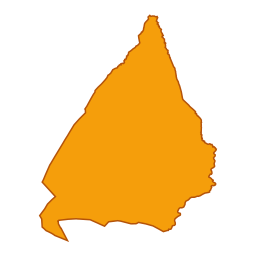 outline of Santa Cruz Itundujia, Oaxaca, Mexico
{"feature_id": "50627088B33847319149889", "entity_name": "Santa Cruz Itundujia", "entity_type": "district", "adm_level": 2, "iso_a3": "MEX", "parent_name": "Mexico", "parent_adm1": "Oaxaca", "projection": "albers", "projection_center": [-97.652, 16.757], "detail": "fine", "context": "isolated", "style": "filled", "palette": "amber", "viewbox_px": 256, "rotation_deg": 0, "n_neighbors": 0, "source": "geoboundaries", "source_scale": "gbopen_adm2", "svg_char_len": 5735}
<svg xmlns="http://www.w3.org/2000/svg" viewBox="0 0 256 256"><path d="M168.6,229.6L168.7,229.4L168.8,229.5L169.2,229.3L170.8,229.2L171.1,228.9L171.8,227.6L172.3,226.0L172.7,225.7L174.5,225.3L175.0,224.8L175.3,224.2L175.2,222.6L175.0,222.0L174.6,221.1L174.6,220.3L174.9,219.0L175.5,218.4L175.9,218.0L176.4,217.7L176.7,217.4L177.8,216.5L180.2,215.2L180.4,214.8L180.4,213.9L180.3,213.4L179.6,213.1L178.5,212.9L178.0,212.5L177.7,211.7L177.7,211.1L177.8,210.8L178.3,210.1L178.6,209.2L179.5,208.1L180.5,207.7L181.8,207.8L183.0,207.4L183.9,206.8L184.5,205.3L184.9,204.8L185.1,203.3L185.0,203.0L185.3,202.4L185.8,201.3L186.5,200.8L188.1,200.1L189.5,198.8L190.0,198.1L191.4,197.3L194.7,197.2L197.0,196.3L197.7,196.2L198.4,196.3L200.2,195.7L202.5,194.3L204.9,193.1L208.7,192.4L209.6,192.0L209.6,190.9L209.8,190.6L210.6,190.0L210.9,188.9L211.7,187.2L211.6,186.9L211.2,186.4L211.5,185.8L212.1,185.5L212.9,185.5L213.3,185.7L214.3,185.5L215.0,184.8L215.4,184.9L215.6,184.5L215.6,183.5L215.0,182.9L213.4,182.2L212.6,181.4L212.7,180.7L213.2,180.4L213.2,180.2L212.6,179.8L212.0,179.6L211.6,178.9L211.0,178.3L209.9,177.5L209.3,177.4L208.8,177.0L208.8,176.6L208.9,176.1L209.7,175.2L210.0,174.4L210.7,174.0L211.2,174.1L211.4,174.2L211.9,173.5L211.9,172.0L211.6,171.4L211.6,171.0L210.9,169.8L210.9,169.5L211.5,168.7L212.5,168.0L213.4,167.6L214.5,166.6L214.6,166.1L214.1,163.7L214.3,163.0L214.9,161.2L214.9,160.7L213.7,158.8L213.6,157.7L215.1,156.0L215.2,154.9L213.8,153.6L213.7,152.9L214.4,152.0L215.9,150.4L216.3,149.1L215.4,148.6L215.4,148.0L214.1,146.8L212.9,147.0L212.8,146.8L213.2,146.4L212.5,145.7L212.0,144.5L210.5,144.5L210.0,143.8L209.7,143.8L208.9,144.1L208.0,144.3L207.5,144.1L206.5,143.5L204.6,142.5L204.6,141.3L204.3,141.1L203.4,141.2L203.4,140.7L202.9,140.3L202.1,140.1L202.0,139.6L202.2,138.7L202.3,138.5L202.3,138.4L201.7,138.3L201.6,137.6L201.8,137.3L201.6,136.8L201.7,136.0L201.4,135.8L201.5,135.5L201.8,135.3L201.7,134.6L200.9,134.2L201.3,132.9L200.8,132.2L201.2,131.7L201.3,128.4L201.4,127.1L201.1,126.3L201.3,125.3L201.1,122.7L201.5,122.4L201.3,121.7L201.3,120.1L200.6,118.9L200.3,118.4L199.5,117.6L199.3,117.4L198.9,117.1L198.6,116.5L198.4,116.2L197.6,116.1L197.0,115.3L196.8,114.9L196.8,114.7L196.7,114.5L196.5,113.8L196.2,113.7L195.9,113.7L195.5,113.6L195.4,113.5L195.5,113.3L195.3,112.9L195.5,112.6L195.6,112.0L195.5,111.8L195.3,111.8L195.2,111.5L194.9,111.0L194.3,110.5L193.8,110.0L193.4,109.6L193.1,109.4L192.6,108.9L191.9,108.3L191.6,108.1L189.7,106.4L188.8,105.2L183.9,100.6L182.8,99.4L182.4,97.9L181.3,91.9L179.6,85.8L178.7,83.7L178.3,81.9L176.8,79.1L176.1,76.0L176.2,75.5L176.1,75.1L175.9,74.2L175.8,73.3L175.6,72.4L175.6,71.5L175.1,70.1L174.9,69.1L174.9,68.5L174.7,68.0L174.5,67.7L174.3,67.5L174.1,67.4L173.2,65.8L173.0,65.1L170.1,58.1L170.1,57.6L169.7,57.5L169.5,56.1L169.3,55.4L169.0,54.6L168.8,54.3L168.2,54.2L167.8,53.8L167.6,53.4L168.1,52.5L167.7,52.1L168.0,51.2L168.0,50.4L167.4,50.0L166.7,49.6L166.1,48.3L165.2,47.4L165.6,46.1L165.3,44.0L165.7,43.2L165.1,42.6L164.4,42.9L164.3,42.6L164.5,41.7L164.4,39.1L163.5,38.5L163.0,37.6L162.0,36.9L162.3,36.3L163.3,35.5L163.2,35.2L162.5,35.1L162.3,34.8L162.4,34.2L162.4,33.7L161.5,32.5L161.2,31.9L160.9,30.6L161.4,29.6L161.2,29.2L160.5,28.8L159.8,28.1L159.6,27.7L159.4,27.5L159.2,27.3L159.3,26.4L158.6,26.2L158.4,25.9L158.6,25.2L158.1,24.4L157.6,24.2L157.3,24.0L157.7,23.5L158.1,22.9L157.6,22.8L157.6,22.5L157.5,22.2L156.4,21.1L156.8,19.8L156.9,19.6L156.9,19.3L157.0,19.0L157.2,18.4L157.3,18.3L157.4,18.0L157.3,17.4L157.5,17.4L157.1,16.5L156.0,16.8L155.1,16.5L154.1,16.0L153.7,16.1L152.5,16.0L150.8,16.4L149.8,15.4L148.1,17.0L148.5,19.1L145.3,22.5L144.7,23.5L144.5,24.1L143.9,27.6L143.7,27.9L143.4,30.1L142.2,32.1L141.5,32.1L141.0,33.3L140.9,33.6L140.5,33.8L140.1,34.2L139.7,34.5L138.5,35.7L138.8,38.0L139.5,41.7L139.8,42.9L139.7,43.1L138.5,44.5L137.3,45.6L136.4,45.9L135.9,46.2L135.6,47.0L134.8,47.8L133.6,48.5L133.2,48.7L132.6,49.3L130.3,51.2L129.0,51.9L128.8,52.3L128.6,52.5L128.5,53.6L128.1,54.5L128.1,54.8L128.0,55.1L127.7,55.2L127.7,55.5L127.3,55.6L127.0,55.8L127.0,56.2L126.8,56.4L126.6,56.4L126.6,56.6L126.6,56.8L126.6,57.0L126.6,57.5L126.4,57.6L126.4,57.8L126.3,58.2L126.3,58.6L126.1,59.0L125.7,59.0L125.3,59.2L124.8,59.4L124.9,59.7L124.9,60.0L124.6,60.3L124.1,60.6L124.0,60.8L124.2,61.1L124.2,61.3L124.1,61.6L124.2,61.8L124.2,62.1L124.4,62.4L123.9,63.2L123.5,63.5L123.2,63.5L122.8,63.3L122.5,63.4L122.3,63.4L121.9,63.5L121.7,63.5L121.2,63.7L121.2,64.1L121.1,64.3L121.0,64.6L120.7,64.3L120.5,64.2L120.3,64.6L120.1,64.8L119.7,65.0L119.5,64.9L119.3,65.0L118.9,65.6L118.6,66.1L118.2,66.2L117.7,66.7L117.5,67.7L115.0,68.5L112.7,69.8L112.5,70.3L112.0,71.0L111.7,71.7L111.3,72.1L110.9,73.0L110.3,73.5L109.3,74.5L108.0,75.2L107.0,77.6L104.9,80.2L101.5,84.0L98.1,87.2L95.1,90.5L94.9,92.3L93.5,94.2L91.1,98.4L86.8,106.3L85.0,108.9L85.3,109.0L85.5,112.8L83.1,115.2L79.4,118.9L74.1,124.8L71.7,128.8L70.1,131.4L69.3,132.7L69.0,133.3L68.6,133.9L67.5,135.8L66.6,137.2L66.4,137.5L64.6,140.4L63.4,142.5L54.8,156.7L53.5,158.9L50.7,163.6L49.8,165.0L45.6,174.5L43.6,179.3L42.8,181.0L42.2,182.1L55.4,196.6L52.0,199.6L47.5,204.1L44.7,208.9L39.7,215.6L41.7,219.0L42.2,227.1L43.4,228.1L43.5,228.1L45.1,229.7L46.2,230.7L47.8,231.4L50.6,232.8L51.6,233.3L53.7,234.6L54.7,235.4L67.5,240.6L62.0,230.1L61.0,228.1L60.6,228.0L58.4,223.8L58.3,222.2L57.8,221.3L57.8,221.1L58.1,221.0L58.3,220.9L58.5,220.9L58.8,220.3L68.3,219.2L68.6,219.2L75.8,218.8L76.5,218.8L77.3,218.9L79.4,219.0L90.1,219.7L90.6,219.9L92.8,220.9L98.9,223.6L99.0,223.7L104.6,226.2L108.6,221.8L117.6,220.7L120.6,221.1L131.0,223.8L136.0,223.7L136.6,223.5L138.5,222.4L145.9,223.9L153.0,225.9L158.6,228.9L163.4,231.6L167.7,230.4L168.3,230.4L168.4,230.0L168.6,229.9L168.6,229.6Z" fill="#f59e0b" stroke="#b45309" stroke-width="1.5"/></svg>